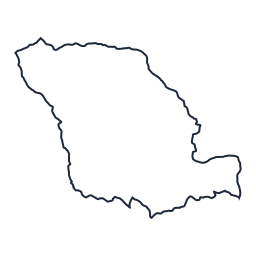 Muong Ang, Điện Biên, Vietnam (Mercator projection)
{"feature_id": "81297802B95485897365368", "entity_name": "Muong Ang", "entity_type": "district", "adm_level": 2, "iso_a3": "VNM", "parent_name": "Vietnam", "parent_adm1": "Điện Biên", "projection": "mercator", "projection_center": [103.259, 21.517], "detail": "fine", "context": "isolated", "style": "outline", "palette": "slate", "viewbox_px": 256, "rotation_deg": 0, "n_neighbors": 0, "source": "geoboundaries", "source_scale": "gbopen_adm2", "svg_char_len": 5757}
<svg xmlns="http://www.w3.org/2000/svg" viewBox="0 0 256 256"><path d="M75.7,190.3L77.8,190.4L79.2,190.7L79.8,190.9L81.0,191.8L81.5,192.4L81.8,194.1L82.6,195.2L83.4,196.0L85.6,197.4L86.2,197.4L88.7,195.9L90.0,195.4L90.7,195.3L91.1,195.3L95.0,197.5L96.5,198.5L97.6,199.0L98.1,199.1L98.3,199.1L100.2,198.3L102.7,198.3L104.2,199.2L107.2,201.3L107.8,201.6L109.0,201.4L110.5,200.9L111.6,200.9L112.0,200.7L112.7,200.0L112.9,199.6L112.9,198.7L113.3,198.5L113.5,198.4L114.2,197.5L114.5,197.1L114.8,196.9L115.6,197.0L116.4,197.5L118.7,198.0L119.6,198.3L120.6,198.9L122.5,200.5L124.0,202.2L125.3,203.7L129.5,207.3L129.8,207.4L129.5,204.9L129.6,203.8L130.6,201.0L131.4,199.3L132.1,198.1L132.5,197.6L134.6,199.4L135.4,199.5L136.7,199.9L138.0,200.6L139.6,201.6L140.8,202.7L142.2,204.5L143.0,205.2L143.8,205.6L145.0,206.1L146.2,206.5L146.7,206.9L147.6,208.2L148.9,209.7L149.7,211.1L150.1,214.4L150.2,216.5L150.4,217.1L151.1,217.6L151.5,217.8L153.0,216.4L154.0,215.3L155.4,214.1L156.7,213.3L157.4,213.2L161.1,213.5L161.4,213.3L161.8,212.9L163.0,211.9L163.5,211.6L165.5,211.2L166.9,211.2L168.5,210.8L169.0,210.7L170.9,211.0L171.6,211.0L171.9,210.9L172.2,210.7L173.0,209.8L173.8,208.7L174.6,208.0L174.9,207.9L178.9,207.7L179.7,207.9L180.2,207.3L180.6,207.1L183.7,206.4L184.3,206.0L184.8,205.4L185.8,202.7L187.3,199.1L189.0,197.2L189.9,196.5L190.7,196.4L191.9,196.9L194.1,198.5L195.2,199.5L196.3,200.1L198.2,200.1L199.1,199.9L199.4,199.7L199.7,199.2L200.2,197.5L200.3,197.3L200.6,197.3L203.7,197.5L204.9,197.0L206.0,196.8L207.4,196.8L208.5,196.9L211.2,198.0L212.1,198.1L214.6,196.6L215.4,195.6L215.3,194.7L215.0,193.8L214.7,193.1L213.9,192.0L214.0,191.7L214.3,191.7L215.2,192.1L217.2,192.9L218.1,193.1L219.7,192.9L222.1,191.9L223.8,191.1L224.8,190.8L224.8,191.1L225.0,191.3L225.7,191.4L226.6,191.6L227.7,192.1L228.9,192.5L229.9,193.3L230.6,194.0L231.0,194.8L232.3,195.0L233.4,195.4L234.5,195.6L237.7,196.7L238.9,197.2L239.1,197.4L239.2,197.7L239.9,195.9L240.1,195.3L240.2,194.5L240.3,192.2L240.0,190.2L239.3,187.1L238.8,185.7L237.9,183.8L237.3,181.7L237.4,180.0L237.3,176.0L237.3,174.9L237.4,174.5L239.6,171.7L240.5,169.8L240.6,169.2L240.6,168.3L240.3,166.8L240.2,165.6L240.2,163.4L240.0,162.8L239.0,161.1L238.4,159.3L238.2,157.9L238.0,157.5L237.4,156.8L234.8,156.0L232.8,155.7L230.6,155.6L228.9,155.6L227.1,155.8L224.6,156.3L223.6,156.7L222.8,156.9L220.6,156.9L216.8,157.0L215.7,157.2L213.9,157.9L212.2,158.4L211.1,158.8L209.4,159.7L207.8,161.1L206.6,161.8L205.2,162.3L203.3,162.8L201.5,162.7L200.1,162.3L198.4,161.7L196.7,161.3L195.6,160.9L193.5,159.5L193.1,159.1L192.9,158.4L192.5,156.9L192.4,156.0L192.7,154.2L192.8,152.6L193.0,152.0L193.6,151.7L195.6,151.2L195.9,151.1L196.0,150.8L195.9,149.4L195.2,147.6L194.6,144.7L194.1,144.1L193.8,143.9L192.9,143.5L192.5,143.2L192.1,142.7L191.9,142.2L192.0,140.1L192.7,137.0L193.0,134.8L193.1,134.4L193.5,134.2L196.2,133.7L197.4,133.2L199.0,131.8L199.3,131.0L199.4,130.0L199.6,127.8L199.7,127.2L200.1,126.3L200.4,125.9L200.4,125.3L199.8,125.0L196.8,124.5L196.1,124.1L195.9,123.9L196.1,123.1L196.7,122.5L196.9,121.9L196.8,121.2L196.3,119.6L196.1,119.2L195.8,118.9L195.3,118.8L194.2,118.6L193.8,118.5L192.9,117.4L192.4,117.1L190.6,116.3L188.9,114.5L188.5,113.8L187.5,109.3L186.8,107.8L186.6,107.4L186.1,106.9L185.3,106.6L184.6,106.1L184.5,105.7L184.4,104.4L183.8,101.1L178.9,97.7L178.2,96.7L177.6,94.8L177.2,93.2L177.0,92.7L176.4,91.8L175.7,91.2L174.4,90.6L169.1,88.8L166.6,87.4L165.9,86.7L164.4,83.8L163.3,82.6L162.7,81.6L162.2,80.9L161.3,80.4L160.8,79.9L160.1,78.8L158.4,77.3L152.5,73.4L148.8,69.2L148.6,68.6L148.7,66.9L148.5,66.1L147.2,63.0L147.0,62.3L146.9,61.7L147.2,60.3L147.1,58.5L147.0,57.7L146.5,56.1L145.9,55.3L142.4,52.1L140.5,51.0L137.0,49.7L135.5,49.5L134.7,49.6L133.8,49.5L131.5,49.1L129.4,47.8L128.2,47.8L126.6,48.3L125.1,48.2L120.0,48.9L118.5,48.9L116.8,48.7L115.9,48.0L115.5,47.3L115.1,47.0L114.8,46.8L114.1,46.7L112.4,46.9L110.4,46.7L108.6,46.8L106.1,45.7L105.2,45.0L104.4,44.9L103.2,45.2L102.8,45.2L102.4,44.6L101.7,44.1L101.2,44.0L97.9,44.0L96.9,43.8L96.2,43.3L95.5,43.1L90.3,43.6L88.9,43.5L87.6,43.8L86.5,44.3L84.8,45.9L83.4,46.1L81.8,45.9L81.0,45.7L77.0,43.6L76.3,43.4L75.7,43.3L75.0,43.5L73.5,44.4L72.2,44.8L71.2,44.8L70.0,44.6L68.4,44.4L65.1,44.8L64.6,45.0L61.5,47.0L59.5,47.9L56.7,49.8L55.5,49.9L54.2,49.4L53.7,49.0L53.5,48.5L53.3,47.5L53.0,47.0L51.8,45.8L51.1,45.3L50.6,45.0L47.7,44.4L47.0,44.4L46.0,43.9L43.6,40.8L40.6,38.2L40.1,38.8L39.1,39.9L37.8,41.0L37.1,42.2L36.7,42.6L34.7,43.5L32.7,44.7L32.2,44.8L30.3,44.7L29.1,45.4L28.1,46.6L27.3,47.3L22.7,49.1L20.9,50.0L19.3,50.4L17.9,50.9L16.8,51.5L15.6,52.7L15.4,53.0L16.5,54.4L18.4,58.2L18.8,59.5L19.2,61.6L19.2,62.0L18.9,63.3L18.4,64.7L18.4,64.9L20.3,67.3L21.3,69.8L21.6,70.7L21.7,71.4L21.7,72.6L21.9,76.0L23.8,78.4L24.6,80.3L25.4,81.4L27.2,85.1L28.6,87.0L29.9,88.1L31.6,89.5L33.8,90.8L34.7,91.7L35.7,92.4L39.9,93.3L40.5,93.6L41.0,93.9L42.3,94.9L46.2,101.1L48.5,103.6L49.1,104.4L50.1,105.4L50.8,105.8L52.1,106.3L52.6,106.7L52.8,106.9L52.9,107.2L52.8,107.7L52.5,109.2L52.1,110.2L52.2,111.4L52.9,112.8L53.5,114.2L54.1,114.7L54.3,115.1L55.2,117.1L55.5,117.4L56.1,117.9L57.8,118.9L60.8,121.4L61.2,121.9L61.2,122.1L61.0,122.4L59.1,123.5L58.6,124.1L58.5,124.5L58.6,126.2L59.2,127.8L60.0,129.0L61.0,130.1L61.3,130.6L61.6,131.3L61.3,134.5L61.2,137.3L61.4,138.4L62.4,141.3L62.4,142.2L63.2,145.2L63.5,147.3L63.9,147.7L65.3,148.2L65.7,148.7L67.9,151.2L68.8,152.9L69.1,154.7L68.9,156.1L69.1,157.4L68.9,160.9L70.2,163.7L70.3,164.0L70.2,164.2L68.4,165.8L68.3,166.3L68.4,169.4L69.0,172.1L68.9,173.6L69.0,174.9L69.3,176.2L70.2,178.8L70.9,180.2L71.8,181.5L71.8,181.8L71.6,182.1L71.1,182.5L71.0,182.9L71.4,183.4L72.3,184.0L72.9,184.5L73.0,185.5L73.7,186.6L73.7,186.9L73.4,187.1L73.4,187.4L74.6,189.1L75.5,189.9L75.7,190.3Z" fill="none" stroke="#1e293b" stroke-width="2"/></svg>